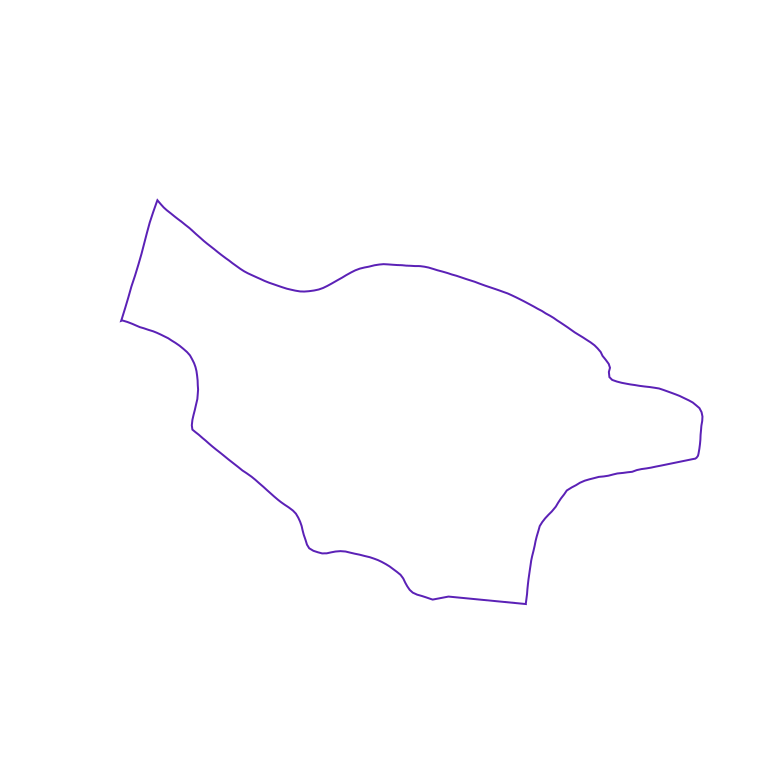 outline of Hatib, Shabwah, Yemen, rotated 218°
{"feature_id": "15242507B74993503022427", "entity_name": "Hatib", "entity_type": "district", "adm_level": 2, "iso_a3": "YEM", "parent_name": "Yemen", "parent_adm1": "Shabwah", "projection": "natural_earth1", "projection_center": [46.508, 14.178], "detail": "fine", "context": "isolated", "style": "outline", "palette": "violet", "viewbox_px": 768, "rotation_deg": 218, "n_neighbors": 0, "source": "geoboundaries", "source_scale": "gbopen_adm2", "svg_char_len": 3915}
<svg xmlns="http://www.w3.org/2000/svg" viewBox="0 0 768 768"><g transform="rotate(218 384 384)"><path d="M675.7,389.3L675.3,388.0L671.7,377.3L668.0,367.0L663.8,357.0L659.5,347.1L655.2,337.2L651.1,327.0L646.9,316.1L643.1,305.4L638.8,294.9L634.8,284.7L630.7,273.9L630.0,271.9L629.3,273.0L624.4,274.9L619.5,276.4L615.6,277.4L611.4,278.5L607.7,280.0L603.1,281.6L598.4,283.4L594.6,284.5L590.4,285.5L586.5,286.3L582.2,287.2L578.2,287.5L573.8,288.0L568.8,288.3L564.1,288.2L558.9,287.9L554.5,287.1L550.5,285.4L546.5,283.5L543.0,281.3L539.7,278.7L536.3,275.4L533.1,272.1L530.0,268.4L527.1,265.2L524.5,261.3L521.8,257.2L519.5,252.2L517.1,247.1L515.1,242.5L512.9,237.8L510.0,233.1L506.9,230.1L503.0,230.0L498.9,230.0L493.9,229.7L490.0,229.6L485.4,229.3L481.0,229.1L475.9,229.0L470.3,229.0L464.5,228.9L460.4,228.8L456.1,228.8L451.6,228.8L447.5,228.8L442.3,228.7L437.5,229.1L431.3,229.4L426.4,229.3L421.8,229.0L415.6,228.7L410.5,228.3L405.7,228.0L401.3,227.7L396.3,227.5L392.3,227.5L388.1,227.7L383.2,228.1L377.9,228.2L373.6,227.6L369.3,225.9L365.4,223.9L361.5,221.4L358.1,218.6L354.3,215.7L349.8,212.8L345.8,210.0L341.8,208.5L336.9,209.1L332.5,210.7L328.5,212.4L324.9,215.3L322.0,218.8L319.1,222.1L315.4,225.5L311.2,228.3L306.8,230.3L302.5,232.3L298.1,234.5L293.5,236.5L288.5,238.8L284.2,240.3L280.4,241.5L276.4,242.4L271.6,243.2L267.2,243.7L262.4,243.8L258.1,243.9L253.4,243.8L249.1,242.6L244.9,240.5L241.1,238.9L237.0,237.6L232.9,237.3L228.2,238.4L223.8,240.2L219.7,241.7L214.2,243.6L212.9,244.1L202.3,256.2L136.8,297.9L136.9,298.0L139.5,302.4L142.0,306.6L144.6,310.5L147.3,314.8L149.8,318.9L152.5,323.6L154.8,327.6L157.0,331.5L159.3,335.5L161.3,339.6L163.5,344.6L165.7,349.3L167.9,353.6L169.8,357.9L172.0,363.5L173.8,367.9L174.3,372.7L174.3,377.4L173.9,382.1L173.3,386.8L173.1,393.1L173.7,397.7L174.1,402.7L174.1,407.9L174.4,412.6L172.4,418.1L170.4,422.5L168.8,426.8L166.3,431.4L163.5,435.3L160.4,439.3L157.5,443.1L154.0,446.4L150.7,449.9L147.8,453.7L145.0,457.2L140.8,461.2L137.7,464.4L134.4,467.6L131.8,471.8L128.7,475.5L125.2,479.1L122.0,482.6L119.0,486.2L115.6,490.1L94.3,515.1L92.7,516.9L92.3,518.5L92.4,520.8L93.3,522.8L95.6,527.1L97.9,531.0L100.4,534.9L103.2,538.8L105.7,542.7L108.2,546.5L110.5,550.8L113.0,554.4L116.4,557.3L120.6,559.2L125.2,559.4L129.3,559.5L133.6,558.8L138.6,557.7L143.7,556.6L147.7,555.4L152.1,554.0L156.7,552.5L160.6,551.2L164.5,549.8L168.5,547.6L172.9,545.1L176.9,542.6L181.8,539.7L185.7,537.6L189.5,535.4L193.3,533.4L197.4,531.3L202.0,529.3L206.7,527.7L210.6,528.2L214.2,531.9L215.9,535.9L219.3,538.2L224.3,539.6L229.1,540.7L229.5,540.9L232.9,542.6L237.8,543.6L241.9,544.1L246.9,544.0L251.1,543.6L255.9,543.2L261.0,542.6L265.5,542.1L269.6,541.9L274.1,541.7L278.4,541.4L282.4,541.1L286.8,540.7L291.1,540.5L295.2,540.0L300.0,539.2L304.4,538.8L309.2,537.9L313.3,537.3L318.6,536.4L324.3,535.4L328.9,534.5L333.3,533.6L338.2,532.5L342.3,531.5L346.2,530.2L350.2,528.9L354.3,527.5L359.7,525.6L364.8,523.8L370.6,521.9L375.5,520.4L379.8,518.8L384.1,517.2L388.7,515.6L393.5,513.9L398.1,512.0L402.1,510.6L407.1,508.6L412.0,506.5L416.0,505.0L420.6,503.2L424.4,501.3L428.3,499.0L432.2,496.0L435.7,493.6L439.3,491.0L443.1,488.6L446.5,486.1L450.9,483.1L454.5,480.7L458.1,478.2L461.3,475.2L464.6,471.7L468.2,467.1L471.1,463.8L474.1,460.0L476.6,455.9L478.6,451.7L480.8,446.5L482.5,442.0L484.4,437.5L487.1,430.9L489.0,426.5L491.1,422.2L493.6,418.3L496.6,414.7L500.3,410.9L503.7,407.8L507.1,405.3L511.3,403.0L515.3,401.1L519.2,399.3L523.5,397.7L527.8,396.2L532.2,394.7L536.8,393.1L541.6,391.7L545.9,390.7L549.9,389.7L555.3,388.4L559.6,387.4L563.7,386.7L568.1,386.3L572.9,386.1L577.9,385.9L582.0,385.9L586.3,385.7L591.4,385.6L596.7,385.6L600.9,385.7L605.2,385.7L609.9,385.7L614.2,385.8L618.5,386.1L624.2,386.4L629.0,386.8L633.4,387.1L638.0,387.1L643.0,387.2L648.2,387.1L652.3,387.1L657.4,387.2L662.2,387.2L666.3,387.5L670.3,388.2L674.8,389.1L675.7,389.3Z" fill="none" stroke="#5b21b6" stroke-width="2"/></g></svg>